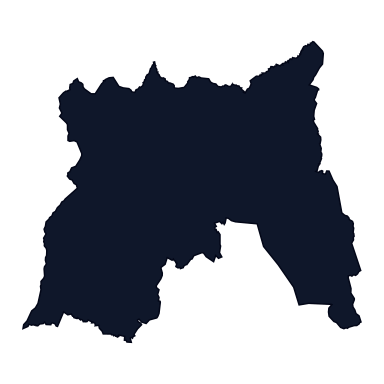 the district of Chai Badan, Lop Buri, Thailand
{"feature_id": "78962969B13001003054051", "entity_name": "Chai Badan", "entity_type": "district", "adm_level": 2, "iso_a3": "THA", "parent_name": "Thailand", "parent_adm1": "Lop Buri", "projection": "robinson", "projection_center": [101.171, 15.202], "detail": "fine", "context": "isolated", "style": "filled", "palette": "ink", "viewbox_px": 384, "rotation_deg": 0, "n_neighbors": 0, "source": "geoboundaries", "source_scale": "gbopen_adm2", "svg_char_len": 5807}
<svg xmlns="http://www.w3.org/2000/svg" viewBox="0 0 384 384"><path d="M313.8,41.9L313.4,42.2L312.7,41.7L311.0,43.4L310.4,43.2L309.9,45.2L308.0,44.3L307.0,46.3L305.7,45.7L303.7,46.7L302.2,49.4L302.7,49.9L301.4,50.6L301.4,51.6L300.8,51.9L300.6,54.1L299.8,54.1L300.0,54.8L299.4,55.7L298.6,56.4L298.0,56.0L297.7,57.2L296.1,58.3L294.1,57.9L293.6,58.7L293.7,58.1L292.6,57.6L291.7,59.4L290.2,58.9L289.1,60.5L288.2,60.6L288.3,61.9L287.7,61.1L286.5,62.6L285.4,61.9L284.9,63.2L282.4,63.6L281.9,64.4L282.4,64.8L281.1,64.8L280.2,65.9L275.7,64.1L276.6,65.2L276.1,66.0L274.9,66.0L273.6,67.5L272.9,66.7L270.9,66.6L270.3,68.5L268.5,68.9L268.9,70.8L266.3,71.8L265.7,73.1L262.2,73.1L262.7,74.0L261.7,74.4L261.3,75.5L260.4,75.6L260.1,74.9L259.2,76.3L256.3,76.2L250.2,80.8L251.2,83.7L250.6,85.4L249.4,88.1L247.4,89.1L245.1,93.0L243.5,92.4L244.1,91.5L241.2,89.1L241.7,88.0L239.9,87.7L239.0,86.0L237.3,85.9L236.0,85.0L235.2,85.4L233.1,84.4L232.1,84.9L232.1,84.4L230.6,86.5L228.6,86.4L225.8,84.9L224.9,85.1L224.2,86.3L222.9,86.0L221.3,87.0L217.8,86.4L215.9,84.0L212.8,83.4L210.5,82.0L208.7,78.8L201.2,78.0L198.9,76.9L196.7,77.7L195.2,76.0L193.5,77.3L193.4,76.7L192.1,76.7L191.8,77.3L189.5,77.7L189.4,79.3L187.7,81.8L187.9,82.8L184.2,87.4L178.4,88.4L175.0,88.1L174.2,87.5L174.2,85.6L173.2,84.2L169.7,82.9L168.7,83.3L167.4,81.4L165.4,80.8L165.1,78.8L163.1,77.8L162.0,78.4L159.8,76.6L159.2,74.9L157.5,73.2L157.9,72.1L156.8,72.0L156.8,69.4L155.4,67.0L155.8,65.7L155.3,65.4L154.6,61.9L153.5,62.2L153.8,63.4L153.1,65.2L152.5,65.1L151.3,68.0L150.5,68.6L149.2,73.2L148.4,74.4L147.3,74.6L145.8,77.0L145.6,79.2L144.6,79.8L144.3,81.6L143.1,82.7L143.5,83.2L142.7,85.8L140.2,87.5L139.5,87.0L138.0,89.1L136.1,89.7L134.8,92.5L131.7,91.8L131.0,90.2L128.9,88.6L123.2,87.9L118.9,86.4L113.2,77.4L109.1,77.8L105.1,79.7L105.1,80.8L103.5,80.7L103.2,82.4L101.6,83.9L95.2,93.8L91.1,93.8L84.5,89.0L83.1,87.1L82.8,84.3L81.3,82.9L78.6,81.8L77.3,78.6L73.7,81.0L72.9,83.5L70.2,84.5L69.7,88.1L70.2,89.6L67.7,90.8L67.6,91.4L66.0,91.1L63.5,92.8L59.0,97.8L60.4,104.1L59.4,108.0L61.7,112.6L61.6,113.7L59.7,116.3L66.4,122.8L67.5,124.6L67.5,129.8L69.1,133.3L68.0,136.0L68.0,140.5L69.7,141.3L74.1,140.6L77.0,141.9L81.8,153.6L81.7,155.7L79.9,159.8L75.8,166.3L71.6,167.9L69.9,171.7L67.8,173.0L67.9,175.1L67.3,176.0L69.7,179.1L72.2,180.0L74.1,183.5L76.3,184.6L77.4,188.2L65.2,199.0L63.9,200.9L61.8,202.0L60.2,205.1L57.5,207.5L55.4,211.5L53.1,212.8L51.9,216.0L49.6,217.6L49.0,219.1L46.1,221.9L45.4,226.4L44.1,229.1L44.8,231.9L46.1,233.9L43.6,238.2L44.1,239.8L43.7,241.7L44.5,243.5L44.3,245.8L46.3,248.4L46.8,250.6L46.6,255.5L45.6,257.5L45.4,260.3L46.4,264.0L44.5,266.8L44.1,268.9L44.6,276.1L43.7,278.3L41.0,281.4L41.1,284.7L40.5,286.2L41.0,289.8L38.0,303.4L35.4,307.9L31.7,310.9L27.0,321.0L23.7,324.6L23.0,328.6L28.0,326.4L28.8,324.3L31.8,325.2L33.2,324.5L34.2,325.2L35.6,324.8L35.9,325.6L37.8,325.8L39.7,324.0L43.2,323.6L44.7,322.1L46.1,324.5L50.8,324.7L51.2,323.6L52.5,322.8L54.9,323.7L56.2,326.0L57.5,326.4L63.6,311.9L67.8,314.8L71.3,314.0L72.6,316.2L73.6,316.2L73.9,317.6L76.9,318.5L77.4,317.7L77.8,318.3L78.5,318.1L80.4,319.9L80.8,319.4L82.4,320.0L83.3,321.7L84.6,321.0L84.9,321.8L87.0,321.6L88.1,320.1L91.7,321.7L91.6,322.7L92.7,322.1L92.9,322.8L93.6,322.5L95.1,323.4L95.2,325.3L95.9,324.7L95.4,325.7L98.8,325.3L99.4,328.3L102.2,331.3L103.2,333.9L110.9,334.0L111.5,334.8L113.3,334.8L113.6,335.7L115.1,335.2L115.6,336.2L117.3,336.5L117.4,337.0L118.7,336.4L118.2,335.6L118.8,335.0L124.7,336.4L124.4,340.2L126.2,340.4L126.9,342.0L131.3,342.3L130.2,338.1L131.5,337.5L132.5,338.2L133.1,336.6L134.8,335.8L134.0,334.5L134.3,333.8L137.5,328.9L141.6,324.7L140.7,323.3L137.9,321.5L137.6,319.8L139.0,319.1L141.6,322.0L146.1,323.5L149.4,319.9L156.8,317.9L157.8,316.4L159.0,313.4L160.3,302.3L160.1,301.3L158.4,300.8L159.0,297.4L157.6,294.6L159.0,289.8L156.5,287.6L156.2,285.8L160.8,278.9L162.2,275.5L162.3,273.0L161.0,268.5L161.2,267.2L165.1,264.3L167.2,257.6L172.1,260.2L173.4,259.0L174.2,260.6L175.3,261.1L176.0,263.0L176.9,263.3L175.9,266.6L178.0,267.9L180.0,267.4L180.4,268.6L183.3,267.6L183.5,266.4L185.7,264.7L186.8,264.6L190.6,259.4L192.1,258.9L193.8,255.7L201.8,252.7L203.5,252.9L206.2,256.7L213.6,261.7L215.7,255.5L218.5,258.3L221.8,256.9L219.5,252.7L220.6,246.0L220.0,244.5L220.0,234.6L218.2,231.8L217.2,232.5L216.1,229.5L215.2,229.7L214.7,227.3L216.3,226.4L214.4,223.2L219.6,221.4L221.9,223.7L223.0,222.1L224.2,224.4L225.1,223.0L226.2,217.8L228.4,218.3L231.4,220.6L235.5,221.8L257.2,223.8L263.6,246.5L278.2,264.7L293.7,287.2L299.1,304.9L308.7,303.3L331.0,304.3L331.9,304.6L328.9,308.1L328.5,312.0L329.1,316.3L333.9,321.5L336.5,322.5L340.6,327.4L343.9,328.7L346.0,327.8L347.4,328.3L348.8,327.2L354.1,325.6L356.8,325.5L359.2,323.8L359.5,322.7L361.0,322.0L359.0,315.8L356.0,313.6L354.8,309.9L353.0,307.0L352.6,304.3L354.3,299.8L354.3,298.5L350.8,293.0L351.0,288.6L348.2,277.8L348.3,275.8L350.5,275.4L351.9,276.1L353.7,274.7L355.6,275.4L357.5,273.9L358.9,271.5L360.7,270.5L351.6,243.2L353.5,239.9L353.3,237.3L354.1,236.3L353.7,233.4L353.1,232.7L353.7,228.1L353.0,226.3L353.3,223.6L352.5,221.4L349.2,219.5L349.0,218.1L347.4,216.1L344.7,215.3L341.8,212.8L337.0,186.5L333.0,180.2L329.0,171.1L326.7,171.0L325.5,174.2L322.5,173.6L322.7,171.1L321.8,170.6L319.5,171.4L318.8,172.5L315.8,171.4L317.2,170.3L318.3,165.9L319.1,164.9L318.7,164.0L320.0,163.7L319.8,162.8L321.5,158.5L320.9,157.0L321.5,156.7L321.8,154.8L321.6,153.2L320.8,152.3L321.2,148.3L319.6,143.9L320.1,143.7L320.8,140.0L320.6,137.1L318.2,134.6L318.4,134.0L317.5,133.8L318.2,131.4L317.4,129.5L317.6,128.6L313.8,122.4L313.2,120.1L314.5,119.4L313.7,116.3L314.2,110.2L316.6,103.5L314.4,100.6L314.3,99.0L315.3,97.6L317.6,90.2L318.7,89.8L318.6,88.9L316.7,87.4L309.2,84.9L313.0,79.8L313.7,77.3L315.6,74.8L319.4,67.9L322.5,64.1L323.3,53.5L322.5,51.2L313.8,41.9Z" fill="#0f172a" stroke="#020617" stroke-width="1.5"/></svg>